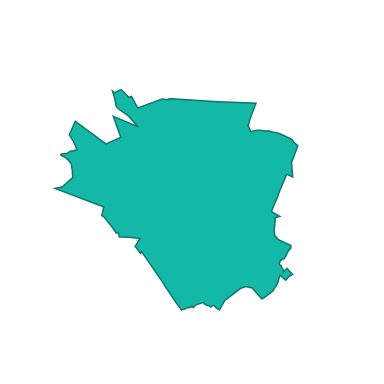 outline of Chicoasén, Chiapas, Mexico, rotated 148°
{"feature_id": "50627088B12718244996247", "entity_name": "Chicoasén", "entity_type": "district", "adm_level": 2, "iso_a3": "MEX", "parent_name": "Mexico", "parent_adm1": "Chiapas", "projection": "equal_earth", "projection_center": [-93.109, 16.995], "detail": "fine", "context": "isolated", "style": "filled", "palette": "teal", "viewbox_px": 384, "rotation_deg": 148, "n_neighbors": 0, "source": "geoboundaries", "source_scale": "gbopen_adm2", "svg_char_len": 3973}
<svg xmlns="http://www.w3.org/2000/svg" viewBox="0 0 384 384"><g transform="rotate(148 192 192)"><path d="M205.9,319.8L206.2,318.7L207.3,314.3L208.5,310.8L209.5,308.3L210.8,305.2L210.8,304.1L210.4,302.1L209.6,299.6L208.3,296.6L207.6,295.1L205.9,291.0L205.2,287.8L205.0,285.7L204.6,283.8L204.3,282.7L204.1,281.5L203.9,280.0L203.6,278.5L203.4,277.2L203.0,275.6L204.1,277.1L206.1,280.0L210.0,285.5L218.7,297.9L220.3,290.4L222.5,280.3L223.4,276.1L229.4,276.9L234.8,277.7L239.5,278.3L241.9,284.3L244.7,291.5L247.0,297.2L248.8,301.8L250.9,307.1L253.5,313.8L256.2,312.0L259.0,310.1L265.8,305.4L265.8,300.7L265.8,297.5L266.5,292.7L267.0,289.6L267.2,288.8L267.8,289.0L269.2,289.4L269.4,289.4L269.9,289.5L270.4,289.9L270.8,289.8L271.3,289.7L272.1,290.1L272.7,290.9L273.2,291.1L273.7,290.9L275.4,291.0L275.7,291.1L276.3,290.8L277.1,290.8L278.3,291.2L279.8,292.0L281.1,292.7L281.7,293.0L282.3,293.3L283.4,293.4L283.7,293.2L283.4,291.8L282.0,289.7L281.1,288.3L280.4,285.8L279.9,284.3L279.7,282.9L279.8,282.3L279.3,281.0L279.7,279.2L280.3,277.8L281.0,276.8L281.4,275.4L282.2,273.5L282.6,272.5L283.4,271.6L283.9,270.6L284.4,269.4L285.0,268.1L285.3,267.5L299.4,265.1L306.3,267.7L274.8,226.1L275.0,225.8L275.2,225.6L277.1,223.7L280.0,220.9L281.1,219.9L280.8,219.5L280.3,218.6L279.9,217.3L279.6,215.8L279.3,213.4L279.0,209.6L278.5,207.1L278.0,198.6L278.2,197.4L276.1,196.8L276.5,195.7L276.8,194.5L277.1,193.5L277.5,192.4L269.4,187.0L266.6,184.8L260.8,180.1L269.2,175.9L268.7,174.4L268.6,171.2L268.2,167.3L266.4,168.4L266.0,161.2L264.8,134.0L264.7,131.6L264.7,124.4L264.6,122.4L264.4,115.8L264.1,106.7L263.4,97.4L262.8,97.4L262.3,97.4L261.7,97.2L260.9,96.8L260.3,96.6L259.4,96.4L258.0,96.5L257.0,96.1L255.9,95.5L254.8,95.1L253.5,94.9L252.5,95.1L252.3,93.3L251.9,93.3L251.3,93.5L250.6,93.9L249.6,93.9L248.1,94.2L247.2,94.0L245.8,93.6L243.7,93.0L241.9,92.5L240.8,92.2L240.8,91.8L240.9,90.7L240.6,90.3L240.3,89.4L239.6,88.0L239.1,87.7L238.6,87.4L237.6,86.2L237.0,84.4L234.4,84.8L233.6,84.2L233.2,82.7L232.6,80.0L231.8,78.7L231.1,77.4L226.0,80.4L221.1,82.8L218.8,82.9L214.9,83.3L210.5,83.6L206.3,84.1L201.7,84.5L196.6,83.3L191.8,78.7L190.7,71.7L189.5,64.3L186.0,64.2L176.0,65.2L171.3,67.4L170.2,67.9L169.3,68.2L166.8,70.0L164.8,72.0L161.4,74.9L159.4,67.6L158.0,67.9L155.1,68.9L152.0,68.8L150.3,69.0L151.3,72.8L151.8,76.8L156.6,76.0L155.9,76.8L156.0,77.8L155.8,78.8L155.7,79.1L156.1,80.1L156.1,80.6L155.6,81.4L155.4,82.4L156.2,83.5L156.1,84.9L154.9,86.0L154.4,86.1L153.8,86.9L152.5,86.8L151.9,87.4L151.4,87.0L150.6,87.3L150.0,86.8L149.5,86.6L148.9,86.6L148.0,87.2L147.2,87.7L146.8,87.9L146.4,88.1L146.1,88.0L145.3,88.8L144.6,89.0L143.0,90.1L142.3,90.4L141.6,91.0L141.3,91.3L140.9,91.3L140.2,91.8L139.9,91.4L139.5,91.8L138.6,92.4L138.2,91.8L137.8,92.2L137.4,93.2L136.5,94.0L136.7,94.7L137.1,95.2L139.3,98.5L140.6,100.5L140.9,101.0L143.0,104.2L143.8,105.5L144.3,108.2L144.6,109.9L144.8,111.6L144.4,112.3L143.7,113.8L142.2,116.5L142.0,116.8L140.0,119.2L138.7,121.0L138.2,121.6L137.5,122.6L135.1,125.9L134.9,126.2L131.9,125.2L130.4,124.7L132.6,128.7L134.7,132.6L134.2,134.0L129.1,137.6L126.9,139.2L124.6,140.6L123.8,141.2L120.8,143.5L120.1,144.1L117.8,145.9L115.0,147.9L112.7,149.5L109.1,152.1L106.4,153.9L105.3,154.7L104.5,155.3L102.4,156.8L101.1,155.2L98.6,151.4L96.9,154.7L96.4,155.5L95.7,157.1L94.9,158.6L94.0,160.2L93.4,161.4L93.1,162.1L92.5,163.4L91.9,164.3L85.8,168.9L80.8,172.8L78.6,174.5L77.7,175.3L78.5,177.5L79.2,179.4L79.4,183.7L84.4,191.7L88.1,196.8L92.0,200.2L94.7,203.3L97.4,204.8L99.7,206.8L101.7,208.3L103.7,209.6L105.0,210.3L106.3,210.8L107.6,211.3L108.5,211.6L109.9,211.8L109.9,214.2L109.9,215.6L109.5,216.2L109.5,217.1L109.4,218.3L104.1,223.2L101.7,225.0L97.0,228.6L90.7,233.4L117.4,251.6L122.0,254.7L127.6,258.7L143.2,269.9L161.7,283.2L161.8,283.3L162.7,282.8L163.8,283.3L167.9,286.5L168.1,286.7L193.5,292.0L192.6,305.2L195.3,305.6L196.4,310.0L197.0,313.9L198.1,316.4L199.9,316.7L202.8,316.9L204.9,317.1L205.9,319.8Z" fill="#14b8a6" stroke="#0f766e" stroke-width="1.5"/></g></svg>